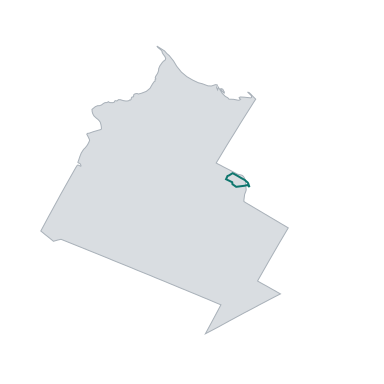 F'Derick, Tiris Zemmour, Mauritania (highlighted), rotated 121°
{"feature_id": "47542326B14226246765401", "entity_name": "F'Derick", "entity_type": "district", "adm_level": 2, "iso_a3": "MRT", "parent_name": "Mauritania", "parent_adm1": "Tiris Zemmour", "projection": "albers", "projection_center": [-12.824, 22.739], "detail": "fine", "context": "in_parent", "style": "outline", "palette": "teal", "viewbox_px": 384, "rotation_deg": 121, "n_neighbors": 0, "source": "geoboundaries", "source_scale": "gbopen_adm2", "svg_char_len": 3574}
<svg xmlns="http://www.w3.org/2000/svg" viewBox="0 0 384 384"><g transform="rotate(121 192 192)"><path d="M169.2,319.0L168.8,318.9L166.7,317.4L165.6,315.7L164.0,314.4L161.7,313.5L160.1,312.5L159.5,311.4L158.6,310.6L157.7,310.3L157.6,309.8L157.8,309.3L157.6,308.3L156.3,306.0L155.0,304.9L153.9,305.1L153.3,304.8L153.0,304.3L152.8,303.6L152.1,302.9L150.8,302.7L149.8,301.0L149.0,297.8L148.0,295.4L146.8,293.7L145.9,293.0L145.3,292.9L145.1,292.6L144.9,292.1L143.9,291.9L142.6,292.4L141.4,292.3L140.8,291.4L140.0,291.3L138.9,292.0L137.8,291.8L136.5,290.7L135.8,289.6L135.7,288.5L133.5,286.3L129.3,283.0L124.7,281.4L119.8,281.5L117.0,281.3L116.4,280.8L115.8,280.8L115.1,281.4L114.5,281.5L113.8,281.2L113.4,281.5L113.2,282.3L111.4,282.7L108.1,282.6L105.4,283.1L103.3,284.1L100.4,284.5L96.6,284.2L94.4,283.8L93.6,283.2L92.5,283.0L91.1,283.3L89.9,284.9L88.7,287.8L87.7,289.5L87.0,289.9L86.2,292.0L85.7,295.7L85.0,297.3L85.2,288.2L86.3,284.8L86.8,281.8L89.2,275.3L92.1,269.9L94.7,262.8L95.8,255.8L95.7,249.0L95.1,242.9L93.9,238.9L92.8,233.0L91.1,229.9L87.9,227.2L87.2,225.6L87.9,225.0L89.9,224.7L91.3,222.6L88.6,223.4L91.8,217.0L92.9,212.7L92.8,209.8L93.4,208.1L91.2,204.2L89.4,199.3L88.5,198.5L87.5,198.1L87.4,199.2L86.9,200.2L85.7,199.6L83.8,196.0L81.1,190.2L80.2,189.6L79.3,190.4L78.8,191.1L77.7,195.9L77.4,194.0L77.9,191.8L78.7,189.0L79.6,185.2L82.0,185.3L86.4,185.4L95.1,185.6L99.5,185.7L108.2,185.9L112.6,185.9L121.3,186.0L125.7,186.1L134.4,186.2L138.8,186.2L147.5,186.2L151.8,186.2L154.7,186.2L154.6,183.5L154.4,181.4L154.3,178.5L154.1,175.6L153.9,172.7L153.7,170.0L153.6,167.3L153.4,164.8L153.3,162.5L153.0,161.2L152.1,158.6L151.9,157.2L152.2,155.9L152.8,154.6L154.5,152.2L157.0,150.4L160.0,148.3L162.2,146.7L163.3,146.3L166.8,145.7L169.6,144.5L172.3,143.3L173.4,142.6L173.5,140.4L173.2,91.0L186.3,90.9L189.7,90.9L213.7,90.5L217.1,90.4L234.5,90.0L234.5,87.7L234.4,84.3L234.2,79.8L234.1,75.2L233.9,67.1L233.8,63.7L237.3,65.9L244.3,70.2L247.8,72.3L254.8,76.6L261.9,80.8L268.9,85.1L272.5,87.2L276.0,89.3L279.6,91.4L283.1,93.5L290.3,97.7L293.3,99.4L297.9,102.2L302.2,104.8L306.6,107.5L300.1,107.8L291.4,108.2L285.5,108.5L279.5,108.8L273.8,109.1L274.5,113.7L275.2,118.7L275.9,123.8L276.7,128.8L277.4,133.9L279.7,149.0L280.5,154.1L281.2,159.1L282.0,164.2L282.7,169.2L284.3,179.3L285.0,184.4L285.8,189.4L286.6,194.5L287.4,199.5L288.1,204.6L289.7,214.7L290.5,219.7L291.3,224.7L292.0,229.8L292.8,234.8L293.6,239.9L294.4,244.9L295.2,249.9L296.8,260.0L297.6,265.0L298.4,270.0L299.2,275.0L300.0,279.9L302.4,282.4L305.6,285.4L304.9,290.0L304.2,295.5L303.3,301.5L295.1,301.9L287.0,302.3L266.8,303.1L262.8,303.3L242.6,303.9L238.5,304.0L230.7,304.2L228.4,304.1L227.6,303.7L227.2,300.6L226.5,300.8L225.7,301.8L225.3,302.8L225.5,304.0L225.4,305.1L222.8,305.6L219.3,306.4L215.6,307.0L211.9,306.9L210.6,306.7L209.2,306.3L206.2,305.9L204.6,305.9L202.8,306.0L200.6,306.3L199.9,306.9L198.3,309.2L196.7,311.9L195.7,311.9L194.5,310.4L191.2,307.7L187.3,304.1L185.5,302.4L184.6,302.1L182.7,303.4L181.2,304.7L179.5,306.5L178.7,308.2L178.2,310.1L177.9,312.5L177.3,315.2L176.0,317.4L174.4,319.1L173.2,319.9L172.7,320.3L169.2,319.0ZM90.0,218.6L88.8,220.6L88.2,219.8L88.1,218.5L89.2,216.7L89.7,215.7L90.7,215.4L90.0,218.6Z" fill="#d9dde1" stroke="#a8b0b8" stroke-width="1"/><path d="M155.0,166.9L158.7,168.8L160.0,169.8L163.5,169.4L162.9,162.6L164.5,161.3L164.6,159.5L164.8,156.8L164.1,155.9L159.6,150.2L157.4,148.0L158.1,145.3L156.6,147.2L155.7,148.2L155.2,149.2L154.8,151.6L154.5,153.1L154.7,157.5L154.7,160.6L154.8,164.1L154.9,166.0L155.0,166.9Z" fill="none" stroke="#0f766e" stroke-width="2"/></g></svg>